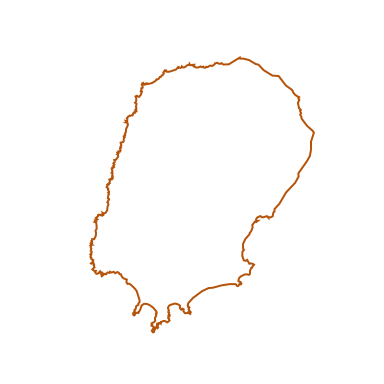 Nossa Senhora Da Luz, Maio, Cabo Verde, rotated 205°
{"feature_id": "66160863B67599039999674", "entity_name": "Nossa Senhora Da Luz", "entity_type": "district", "adm_level": 2, "iso_a3": "CPV", "parent_name": "Cabo Verde", "parent_adm1": "Maio", "projection": "orthographic", "projection_center": [-23.146, 15.227], "detail": "fine", "context": "isolated", "style": "outline", "palette": "amber", "viewbox_px": 384, "rotation_deg": 205, "n_neighbors": 0, "source": "geoboundaries", "source_scale": "gbopen_adm2", "svg_char_len": 5978}
<svg xmlns="http://www.w3.org/2000/svg" viewBox="0 0 384 384"><g transform="rotate(205 192 192)"><path d="M266.8,130.6L268.0,128.2L267.4,128.3L267.4,127.1L266.5,127.1L267.0,126.5L266.2,124.9L266.9,124.3L266.9,124.6L267.3,124.7L266.9,124.2L267.2,123.9L266.2,124.0L264.4,121.5L262.8,118.1L263.1,116.2L261.6,114.2L260.6,111.2L260.8,107.9L262.6,107.1L261.9,105.7L262.4,105.1L261.5,104.4L262.0,103.8L260.8,103.3L260.6,102.7L261.2,102.3L260.4,102.1L261.3,101.7L260.9,101.3L261.5,100.5L260.5,100.1L260.3,98.7L259.4,98.3L258.9,95.9L258.4,95.9L258.8,95.7L258.0,95.7L257.3,94.9L257.8,92.7L256.8,92.6L256.9,90.9L255.8,90.2L256.1,89.9L255.1,88.8L252.8,88.6L253.0,87.8L252.1,87.1L253.4,84.6L252.8,84.5L251.4,85.8L250.8,85.6L249.8,84.6L250.0,83.8L248.5,82.4L249.6,79.8L247.4,79.2L245.8,79.8L245.8,78.3L244.1,77.4L242.8,78.3L242.0,80.7L241.6,80.0L241.1,80.7L240.8,80.3L240.0,80.8L239.7,80.0L239.2,80.3L239.2,79.4L238.7,79.7L238.8,78.6L238.2,77.6L237.7,78.2L238.1,79.7L237.3,79.6L236.2,81.2L235.1,81.1L234.6,83.3L232.5,83.9L232.7,85.0L231.0,85.0L229.2,86.6L227.2,85.9L225.9,87.9L224.2,87.9L223.1,86.9L221.6,87.4L219.9,85.7L217.6,84.8L214.1,85.1L213.5,82.9L212.2,81.7L211.5,81.5L210.2,82.4L207.8,82.0L202.5,80.1L200.1,78.7L193.9,71.9L193.0,70.0L193.5,68.2L192.9,67.0L194.3,65.2L193.6,61.8L194.3,60.7L193.6,60.0L194.1,57.0L192.9,55.6L192.0,55.9L191.8,58.9L190.4,59.3L190.0,60.2L189.5,60.0L189.2,63.2L189.7,68.0L188.2,70.4L185.5,71.5L182.7,71.6L178.4,70.8L174.0,68.8L173.1,67.9L173.4,66.8L172.6,66.4L172.8,65.6L172.1,64.6L172.4,62.2L171.0,60.0L171.3,58.2L173.1,56.0L172.9,55.2L172.0,54.9L172.2,53.8L170.0,53.7L169.4,52.5L169.8,49.2L168.0,48.3L167.3,48.9L167.7,51.3L168.4,51.9L168.3,52.9L167.8,52.8L168.0,53.4L167.5,53.6L168.0,53.6L167.4,54.3L165.7,53.9L165.5,55.0L167.4,56.0L168.0,58.0L167.1,58.7L166.4,58.1L166.3,59.4L165.4,59.6L165.4,60.1L164.7,59.7L165.0,61.2L163.4,63.0L162.3,63.6L159.2,63.5L158.0,66.0L159.2,66.9L159.2,67.5L160.5,67.9L160.8,69.5L159.9,69.9L160.1,71.0L161.3,70.8L161.5,72.6L160.9,72.6L162.8,73.2L162.7,74.5L164.9,76.9L164.8,78.9L164.0,80.4L160.5,83.6L157.4,84.3L154.8,83.9L154.1,81.9L152.8,81.0L152.0,80.8L151.5,82.2L150.0,82.2L149.4,80.3L147.1,79.2L145.4,80.1L144.1,82.3L143.5,82.1L143.3,80.8L142.1,80.8L142.3,82.5L145.4,84.0L145.5,85.5L146.4,85.9L145.9,86.3L147.9,87.3L148.4,89.7L146.3,96.5L141.0,106.3L136.4,111.9L132.6,114.1L125.6,120.0L119.3,124.2L113.6,126.9L111.2,125.9L110.3,126.5L110.2,128.4L109.3,128.7L109.5,129.3L108.6,129.3L108.6,130.1L109.8,130.9L112.2,130.8L112.8,132.3L112.8,134.5L112.0,136.3L109.5,139.4L107.7,140.5L105.2,141.1L104.9,142.3L106.1,145.1L106.2,148.3L105.5,148.9L105.7,150.2L105.0,152.3L106.2,152.6L108.8,152.1L109.7,151.2L113.3,153.8L114.2,152.3L116.2,152.0L119.4,155.3L121.1,159.3L120.4,161.5L121.7,162.1L123.8,166.5L123.8,172.0L122.0,178.0L122.4,179.1L121.8,181.5L122.1,185.6L123.4,187.5L122.5,191.6L121.1,191.9L120.2,193.6L121.6,192.9L122.4,194.4L122.2,196.2L121.2,197.6L119.8,199.1L118.0,198.6L116.6,199.3L113.9,201.8L111.8,200.9L112.1,201.5L110.0,202.2L108.6,204.2L109.6,207.8L109.0,209.2L110.0,211.4L107.8,218.3L106.6,231.2L102.4,243.9L101.9,251.1L103.5,253.8L100.9,268.2L100.4,274.4L102.1,280.9L105.4,287.8L106.6,297.2L108.4,298.4L115.7,300.6L123.8,304.9L124.6,306.3L126.6,307.8L126.4,309.5L128.0,310.7L128.1,312.2L128.8,312.0L129.5,313.1L130.4,313.2L133.7,317.5L133.6,320.6L134.1,320.6L134.8,322.0L134.8,321.4L135.2,322.7L135.5,322.4L135.8,322.9L135.5,323.2L139.2,323.5L141.7,324.6L144.4,326.8L151.9,328.2L162.5,333.7L168.3,331.5L178.6,332.7L185.5,335.5L188.3,334.9L196.1,335.7L201.7,334.6L204.9,333.2L205.5,334.1L212.6,323.3L217.4,320.8L219.8,321.2L220.2,320.4L221.9,319.6L223.7,319.8L225.6,318.2L225.5,317.2L227.0,314.7L229.0,314.3L230.5,312.0L231.8,311.5L231.6,311.2L232.7,310.1L234.0,309.8L234.7,310.4L236.3,309.1L237.3,309.4L239.1,307.4L241.1,306.5L243.0,306.5L243.5,307.8L243.9,307.0L244.7,306.9L245.0,307.6L247.0,306.2L248.1,306.3L248.0,306.7L248.4,307.0L248.3,306.0L249.5,305.4L251.5,301.8L253.0,301.0L254.2,301.4L254.0,300.7L254.8,299.7L257.2,299.5L256.8,298.6L257.6,298.2L258.4,296.0L263.6,291.3L265.7,290.3L266.8,290.4L266.9,291.2L268.0,290.9L268.5,288.1L267.7,287.7L267.7,286.2L268.7,284.7L268.9,283.2L269.7,282.7L270.1,280.5L271.2,279.0L271.8,279.0L272.0,277.3L274.4,273.7L277.4,271.4L278.7,271.5L278.7,270.6L279.8,269.6L280.2,270.2L281.0,269.4L282.0,269.6L282.3,270.2L283.0,269.5L282.8,267.9L281.7,267.5L280.8,265.6L281.8,264.6L281.2,263.5L281.8,263.1L281.1,263.2L281.1,262.4L280.1,261.9L280.6,261.3L279.7,260.9L279.4,258.8L280.2,255.8L282.9,255.8L283.6,254.7L282.3,253.7L280.9,250.5L281.4,248.9L279.5,248.4L278.8,245.5L277.6,244.1L278.0,242.7L277.3,242.9L276.4,241.6L277.3,240.8L277.3,239.7L278.0,239.9L278.5,239.2L278.2,236.4L279.0,236.2L280.1,234.9L280.7,234.9L281.5,233.6L281.5,234.0L282.2,231.4L281.7,231.4L280.8,229.1L281.6,228.6L280.9,228.1L281.7,228.1L281.0,227.6L281.3,227.2L280.1,227.6L278.4,225.6L278.3,221.0L277.1,217.9L277.5,216.9L277.0,216.1L277.2,215.4L276.5,214.9L277.3,213.7L276.2,213.1L276.7,212.5L275.4,209.2L275.5,208.2L276.5,207.4L277.5,206.8L278.1,207.1L275.6,204.2L276.0,202.5L275.1,202.2L275.6,200.8L274.3,199.6L274.4,198.2L275.3,198.1L275.3,197.3L275.8,197.2L275.2,196.3L276.0,196.0L275.2,195.5L275.5,194.8L275.1,194.9L273.9,192.9L274.5,189.3L276.0,188.1L275.4,187.6L275.9,187.2L275.4,187.4L274.7,186.6L275.4,184.7L273.9,184.0L274.5,182.3L273.2,181.8L274.1,179.7L274.7,179.9L274.8,179.5L272.7,176.9L273.0,175.4L271.9,175.3L271.0,172.4L270.5,172.7L269.6,170.9L269.9,169.8L270.7,170.0L270.8,169.2L271.4,169.3L272.2,168.4L271.0,167.2L270.9,165.8L270.3,165.4L271.1,164.4L270.7,164.3L270.6,163.5L271.9,162.7L271.2,161.8L271.5,160.4L269.2,159.6L269.2,158.6L267.5,157.4L267.0,156.2L267.5,155.9L266.3,155.0L266.6,154.2L265.6,150.7L264.4,150.7L264.0,150.2L264.4,146.9L263.5,146.7L262.4,145.1L262.4,143.2L261.1,139.3L261.6,136.5L262.9,135.2L263.8,135.3L263.3,134.9L263.7,134.4L262.8,134.4L262.6,133.6L263.4,132.6L266.8,132.2L267.4,131.4L266.8,130.6Z" fill="none" stroke="#b45309" stroke-width="2"/></g></svg>